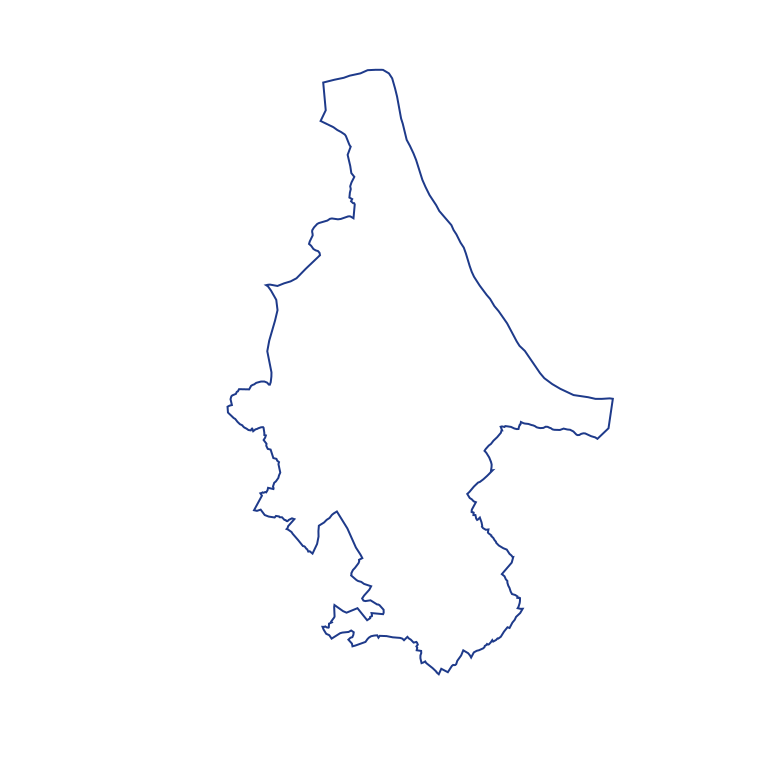 outline of Aguata, Anambra, Nigeria, rotated 229°
{"feature_id": "59680162B7486965108625", "entity_name": "Aguata", "entity_type": "district", "adm_level": 2, "iso_a3": "NGA", "parent_name": "Nigeria", "parent_adm1": "Anambra", "projection": "orthographic", "projection_center": [7.074, 5.98], "detail": "fine", "context": "isolated", "style": "outline", "palette": "blue", "viewbox_px": 768, "rotation_deg": 229, "n_neighbors": 0, "source": "geoboundaries", "source_scale": "gbopen_adm2", "svg_char_len": 6166}
<svg xmlns="http://www.w3.org/2000/svg" viewBox="0 0 768 768"><g transform="rotate(229 384 384)"><path d="M222.7,547.0L225.1,544.9L229.6,539.0L234.1,533.8L240.1,529.4L251.3,519.8L264.7,513.9L273.6,510.9L283.2,508.8L289.9,508.9L316.5,512.0L323.9,511.3L329.1,512.1L349.0,516.7L363.8,518.3L370.4,518.4L378.6,519.9L383.7,519.9L395.6,520.8L405.9,522.3L411.1,523.8L416.9,526.1L428.7,531.4L434.6,533.7L440.5,534.5L449.4,536.8L454.5,537.5L459.7,539.1L478.2,539.2L484.8,540.7L496.7,542.3L505.5,544.6L512.9,546.9L532.0,555.2L538.6,557.5L546.7,559.8L553.4,561.3L568.1,568.9L573.2,571.1L592.3,582.4L599.7,586.2L609.3,590.7L615.2,591.5L621.8,589.3L626.4,584.1L631.6,577.5L633.9,570.0L639.2,560.4L641.5,554.5L646.1,546.3L651.4,535.9L628.8,519.6L624.1,508.7L611.0,514.3L606.3,515.4L602.4,516.9L598.0,518.1L596.1,517.9L588.1,515.1L586.3,514.6L585.0,514.6L580.8,506.9L570.6,501.5L564.6,497.7L559.8,497.5L557.5,491.8L555.4,488.2L552.9,486.8L550.8,483.8L547.4,480.2L544.4,481.3L543.5,479.0L540.8,479.3L540.0,480.1L538.7,479.7L529.1,469.7L532.2,468.7L533.0,468.2L534.0,466.9L536.9,459.7L538.5,457.3L543.1,453.3L544.1,451.6L544.5,448.5L548.2,440.4L548.6,438.6L548.1,433.9L547.1,430.7L546.0,429.6L544.2,428.6L542.9,427.6L540.3,421.5L538.9,419.3L536.2,419.7L532.2,419.3L529.7,420.1L527.6,421.4L525.3,421.4L523.2,420.2L522.3,400.6L521.2,387.3L522.7,380.9L525.5,374.7L527.9,367.9L533.8,363.2L535.1,361.4L535.9,359.9L533.9,360.5L528.6,360.0L518.2,357.9L509.6,352.1L503.3,343.3L492.0,325.8L485.3,317.4L466.6,306.7L463.5,303.9L459.7,299.7L458.4,297.4L459.1,296.7L461.7,296.7L464.4,295.3L466.5,292.9L468.7,288.3L468.9,285.8L469.5,284.2L469.8,282.5L468.4,278.7L475.2,271.2L474.3,268.9L474.6,268.1L474.5,267.3L473.7,265.8L474.9,262.1L474.9,261.0L474.5,260.1L473.2,258.2L467.9,255.4L469.0,253.2L469.5,251.0L464.8,247.5L457.0,248.2L455.2,248.8L451.6,248.6L448.2,248.9L445.7,250.0L444.9,249.8L442.9,250.0L440.4,251.0L438.2,251.5L436.4,253.0L437.0,255.0L436.8,255.3L434.2,254.3L434.1,257.2L433.3,258.9L433.1,260.0L432.0,262.8L430.8,264.4L430.0,264.4L425.6,261.6L424.0,260.2L422.7,261.1L421.5,259.1L420.7,256.4L416.0,256.1L414.6,254.6L411.3,253.7L408.9,255.4L400.7,251.9L398.1,253.7L396.2,253.1L393.9,253.5L392.8,251.8L385.2,247.6L383.9,244.8L382.4,242.6L381.4,238.4L381.5,236.4L379.5,233.0L377.8,232.3L377.3,231.6L381.7,228.4L380.2,226.3L379.5,224.0L380.4,223.5L380.9,221.8L381.9,221.2L381.9,220.5L382.6,219.0L379.8,218.6L374.0,203.1L371.6,204.9L370.1,208.5L363.4,208.0L359.6,210.0L355.0,213.9L355.3,215.9L352.9,217.9L352.0,217.8L350.3,219.6L346.8,219.7L345.8,220.5L344.5,220.5L343.8,221.2L343.9,223.0L343.0,226.4L340.8,227.7L339.6,218.4L338.5,216.6L338.4,215.4L337.0,216.1L333.0,217.1L330.9,216.8L322.8,216.8L314.9,216.5L313.7,217.4L312.8,217.5L310.6,217.3L309.6,217.6L307.2,216.9L306.5,218.2L302.9,218.8L307.2,228.6L311.8,234.5L316.0,238.0L319.8,241.9L318.8,247.9L319.1,251.6L318.6,255.0L319.4,258.8L319.3,261.2L318.7,264.8L299.0,261.6L279.0,255.5L270.6,254.3L266.8,253.4L267.7,249.8L266.4,248.9L265.5,247.2L264.3,241.6L264.0,238.5L262.6,235.2L261.7,234.6L261.1,233.6L254.1,234.6L252.3,235.2L249.6,237.0L246.2,237.8L239.8,241.6L238.4,238.0L237.4,230.2L236.5,226.8L234.0,226.4L232.4,227.5L229.6,231.9L222.1,234.2L221.5,234.9L220.1,235.5L213.9,235.6L211.6,233.7L210.9,232.3L219.3,224.3L217.3,223.2L216.7,222.5L217.3,220.8L217.2,220.5L216.3,219.9L216.8,216.3L232.2,216.9L236.0,205.7L239.4,204.1L249.7,201.6L248.4,200.1L241.0,194.2L240.5,193.3L239.4,188.3L238.3,188.3L239.2,185.3L236.5,182.6L236.5,182.3L237.9,181.1L239.6,180.6L239.7,179.8L241.1,178.3L238.3,177.3L233.4,176.5L230.3,177.9L226.2,177.4L224.7,187.4L223.7,189.5L220.1,194.6L219.5,197.5L216.5,198.3L214.8,196.3L213.7,194.0L214.5,192.3L214.4,189.4L209.1,189.5L206.7,188.1L205.4,190.8L201.5,200.8L202.3,204.1L202.5,206.2L202.1,208.8L200.6,211.5L198.8,214.0L196.2,213.4L196.7,215.6L192.1,220.5L187.1,224.4L181.8,229.6L179.8,230.8L177.5,231.0L177.8,235.8L175.8,235.8L173.5,236.5L169.4,236.7L168.1,239.2L167.0,239.2L165.1,238.5L164.7,236.3L163.2,236.1L161.6,234.0L158.2,236.9L156.5,235.6L155.3,233.5L153.2,231.6L148.7,229.2L147.9,231.3L147.6,233.1L145.7,232.8L137.7,234.3L132.4,234.8L131.9,234.5L129.0,234.9L131.5,240.4L124.6,243.1L126.7,250.3L126.6,251.9L125.9,252.4L125.2,253.4L125.2,254.7L127.0,257.7L128.5,264.1L131.0,269.1L125.6,270.9L122.7,270.8L120.4,270.3L122.5,275.7L121.8,279.0L120.8,280.9L119.4,285.5L119.5,287.2L120.2,288.2L119.9,289.9L120.2,291.2L119.1,291.5L118.7,292.4L119.0,295.1L119.7,297.7L118.0,297.4L117.3,300.6L117.5,302.8L116.9,303.2L116.6,306.3L118.4,312.1L119.4,317.6L117.5,318.7L119.7,324.4L120.3,328.0L121.6,330.9L121.8,336.5L123.4,341.2L124.8,339.5L127.1,337.8L127.7,339.5L129.7,342.7L131.1,344.3L133.2,346.2L133.8,346.0L134.3,345.0L135.2,344.3L136.0,345.4L138.7,344.6L141.5,342.8L144.2,343.4L147.7,344.9L150.3,345.5L153.0,346.7L154.5,347.9L156.6,347.8L159.8,348.8L163.2,348.2L165.4,363.2L168.6,368.0L168.9,367.5L171.0,367.7L173.4,367.3L178.5,368.0L181.8,366.3L186.8,364.7L190.6,364.5L191.5,365.0L193.7,365.0L196.1,365.5L198.8,365.2L199.3,365.7L203.0,364.9L203.9,365.1L205.7,367.4L207.2,365.2L210.2,364.2L212.1,364.3L212.4,365.0L215.5,366.8L220.3,368.7L220.1,366.1L220.3,365.1L222.0,365.3L225.1,367.0L226.4,365.5L228.1,367.3L229.2,366.8L229.3,366.4L229.9,366.1L231.3,367.5L231.8,368.5L234.5,375.8L236.6,374.7L239.4,374.6L241.7,373.9L246.4,374.7L246.5,377.6L247.6,384.6L247.9,390.3L247.2,392.1L246.9,396.5L247.0,401.7L247.6,409.4L248.5,408.0L250.8,410.7L252.6,412.4L254.9,413.6L259.5,415.2L265.1,416.1L267.6,416.0L268.2,418.1L268.8,422.7L268.6,425.4L269.4,429.4L269.6,434.5L270.5,440.2L271.8,442.1L271.4,442.7L275.2,444.0L274.6,445.2L272.5,446.8L272.7,447.9L270.8,449.6L268.3,451.7L264.9,453.2L262.9,454.6L261.8,456.0L263.0,457.6L264.2,459.7L263.9,460.0L264.1,460.7L265.5,462.4L263.0,463.5L261.7,464.4L259.1,466.8L256.1,468.5L255.1,469.3L253.4,470.2L251.2,470.8L249.7,471.8L248.2,473.0L246.3,475.5L245.7,478.0L244.3,479.4L242.4,480.2L241.3,480.9L239.2,481.4L237.7,482.5L233.9,486.6L232.5,490.3L229.4,492.5L227.4,494.4L223.9,495.8L219.8,496.0L218.6,496.4L217.4,497.9L217.0,500.1L216.0,502.1L214.7,503.4L208.7,506.1L205.1,508.4L202.6,509.1L203.3,524.4L222.7,547.0Z" fill="none" stroke="#1e3a8a" stroke-width="2"/></g></svg>